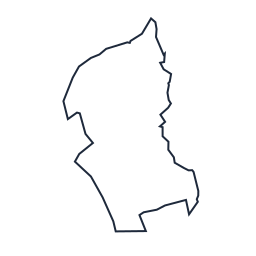 Pembroke Lea-5, Dublin, Ireland (Equal Earth projection), rotated 261°
{"feature_id": "5873133B13038954384182", "entity_name": "Pembroke Lea-5", "entity_type": "district", "adm_level": 2, "iso_a3": "IRL", "parent_name": "Ireland", "parent_adm1": "Dublin", "projection": "equal_earth", "projection_center": [-6.232, 53.323], "detail": "fine", "context": "isolated", "style": "outline", "palette": "slate", "viewbox_px": 256, "rotation_deg": 261, "n_neighbors": 0, "source": "geoboundaries", "source_scale": "gbopen_adm2", "svg_char_len": 886}
<svg xmlns="http://www.w3.org/2000/svg" viewBox="0 0 256 256"><g transform="rotate(261 128 128)"><path d="M79.8,176.9L86.4,168.7L91.9,168.7L100.2,164.4L108.1,165.8L114.4,160.9L123.4,162.3L124.6,159.8L128.3,165.6L136.1,162.1L141.7,170.8L145.5,174.2L149.3,172.6L156.7,172.5L164.0,175.1L165.9,174.8L167.1,176.4L174.6,179.0L180.4,172.4L187.4,170.0L187.5,174.0L195.8,176.0L194.8,174.6L213.5,169.9L221.2,171.7L228.2,171.6L232.6,167.9L218.9,156.5L213.6,144.1L211.8,143.1L212.7,140.7L209.6,118.8L205.1,111.3L203.0,102.3L196.4,89.2L186.4,81.3L164.6,68.4L146.2,70.0L151.2,80.0L150.0,82.7L128.8,85.1L118.7,91.0L110.0,75.8L103.1,70.3L85.9,83.8L63.4,92.1L38.1,98.9L27.8,99.7L23.4,129.5L40.2,125.7L42.3,130.3L42.8,143.7L45.7,152.4L47.9,174.0L33.2,174.8L44.2,185.4L46.9,184.8L50.2,186.8L54.8,187.6L74.3,185.9L76.3,184.8L76.7,181.2L79.8,176.9Z" fill="none" stroke="#1e293b" stroke-width="2"/></g></svg>